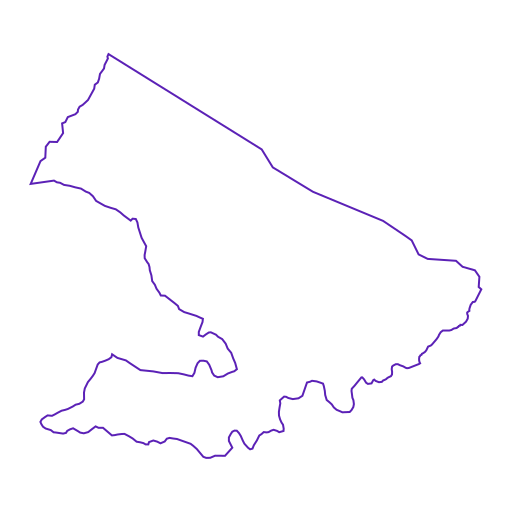 the district of San Pedro Yaneri, Oaxaca, Mexico
{"feature_id": "50627088B33343665113881", "entity_name": "San Pedro Yaneri", "entity_type": "district", "adm_level": 2, "iso_a3": "MEX", "parent_name": "Mexico", "parent_adm1": "Oaxaca", "projection": "robinson", "projection_center": [-96.382, 17.426], "detail": "fine", "context": "isolated", "style": "outline", "palette": "violet", "viewbox_px": 512, "rotation_deg": 0, "n_neighbors": 0, "source": "geoboundaries", "source_scale": "gbopen_adm2", "svg_char_len": 4314}
<svg xmlns="http://www.w3.org/2000/svg" viewBox="0 0 512 512"><path d="M108.5,54.1L107.4,56.6L107.9,58.5L104.6,64.9L104.0,68.5L100.0,73.9L99.1,78.8L97.8,82.5L94.8,84.7L94.2,88.7L88.0,100.0L82.7,104.9L79.6,106.7L78.0,109.6L77.8,111.8L75.4,114.2L67.8,117.1L65.3,122.1L62.1,123.4L63.1,133.1L57.1,142.0L49.6,141.8L45.8,146.7L45.3,157.7L40.5,161.1L30.7,183.9L54.0,180.6L56.9,182.3L60.1,182.8L64.0,184.9L69.8,185.8L75.1,187.3L81.0,188.6L85.8,191.6L89.2,192.9L93.0,196.3L96.1,200.9L101.0,203.7L104.9,205.9L110.9,207.9L115.8,209.3L120.3,212.4L123.7,215.4L130.7,220.6L132.6,218.7L135.8,219.0L137.4,222.4L138.3,227.5L141.6,237.8L144.2,242.6L146.2,246.2L145.2,252.0L144.6,255.0L144.7,258.2L147.2,262.2L148.6,264.0L149.5,267.1L149.8,270.2L151.4,275.4L152.2,281.1L154.9,284.8L156.5,288.7L159.4,292.7L160.8,295.5L165.0,295.7L170.9,300.3L174.4,303.0L177.9,305.9L179.1,309.1L184.2,312.1L188.5,313.4L196.4,315.9L199.6,317.4L202.9,318.8L202.5,322.1L200.9,326.2L198.8,331.9L198.8,335.1L203.0,336.6L205.9,334.4L208.8,332.5L210.8,332.3L216.0,334.7L218.1,336.8L222.2,339.1L225.7,343.7L227.7,348.6L231.2,352.8L233.2,358.4L235.2,363.0L236.9,369.2L234.2,371.3L232.1,371.9L227.9,373.5L225.6,374.9L223.3,376.3L217.7,377.2L214.2,375.6L212.1,372.5L211.5,370.2L209.2,364.7L206.8,361.4L203.3,360.7L199.9,360.8L197.6,363.2L195.6,367.7L194.4,372.9L192.4,376.2L188.5,375.6L183.9,374.4L178.2,373.2L170.0,373.0L162.5,373.1L153.3,371.4L140.4,370.1L129.9,363.2L125.9,360.4L117.4,357.9L112.1,354.3L111.4,357.2L108.7,359.2L105.2,360.7L101.8,361.9L99.6,362.4L97.7,364.5L95.6,370.3L94.6,373.1L92.8,375.9L90.6,378.8L87.9,382.1L86.3,385.4L84.8,388.4L84.0,392.5L84.1,399.3L82.8,401.6L79.3,403.8L75.6,404.7L72.8,406.5L67.8,409.0L65.0,409.9L61.6,410.7L57.6,412.8L54.8,414.4L52.0,415.8L47.6,415.4L45.1,417.0L41.8,419.4L40.4,421.9L41.4,424.2L43.0,426.7L45.6,428.5L50.8,430.1L53.6,432.3L55.8,432.5L63.1,433.6L66.0,432.9L67.2,430.9L70.1,429.3L73.1,428.3L78.2,431.3L80.2,432.6L83.8,433.3L88.2,432.1L91.9,429.2L95.6,426.4L98.5,427.8L103.0,427.8L111.9,435.4L114.8,435.1L117.6,434.5L121.7,434.0L124.5,433.9L128.9,436.2L132.7,438.5L136.6,441.7L140.2,442.3L143.4,443.1L145.6,444.4L148.3,444.4L149.0,442.1L153.3,440.5L157.1,441.6L160.5,443.3L164.7,441.5L166.8,438.7L169.5,437.9L173.1,438.5L177.0,439.0L190.6,443.8L193.2,445.8L196.8,449.0L199.7,452.5L203.3,456.8L206.2,457.9L210.2,457.8L215.1,455.7L225.0,455.8L232.3,447.7L228.9,441.0L228.9,437.4L230.7,434.1L232.3,431.7L234.5,430.6L236.8,430.7L239.0,433.1L240.8,436.0L242.8,440.6L244.4,443.7L248.0,447.7L250.1,449.3L252.5,448.6L253.8,445.3L256.9,440.4L259.3,435.5L261.5,434.1L263.7,432.1L266.7,432.4L268.6,432.1L271.2,430.6L273.6,429.8L277.1,430.9L279.2,432.2L283.5,431.0L283.7,428.7L283.0,424.7L281.5,422.5L280.1,419.4L279.0,415.6L278.9,411.9L279.5,407.8L280.3,403.3L279.8,400.4L284.1,396.6L286.1,396.8L288.3,398.0L292.8,399.1L298.5,398.3L302.4,395.8L307.0,382.5L309.9,381.8L312.0,380.8L316.6,381.4L319.6,382.4L323.0,383.6L323.8,386.0L324.8,390.8L325.2,395.0L326.7,400.0L329.4,402.2L331.8,404.4L333.8,407.4L336.6,409.8L340.2,411.3L342.4,412.3L347.0,412.1L349.7,412.0L351.5,410.1L353.3,407.1L353.9,404.1L353.4,400.2L352.4,397.8L351.9,393.8L351.5,390.9L351.8,388.7L354.5,385.8L357.1,382.6L361.4,377.4L362.3,377.4L364.1,379.4L366.1,382.7L367.9,383.9L371.5,383.4L373.3,380.1L374.2,379.6L375.6,380.9L378.9,382.2L381.8,381.9L383.2,380.4L384.4,380.0L386.2,379.1L387.1,378.2L388.3,377.4L390.9,376.2L392.0,374.5L392.1,371.8L391.7,369.1L392.1,366.5L393.3,365.5L395.8,364.2L397.9,364.2L399.9,365.2L403.3,366.4L405.7,367.8L407.0,368.2L408.8,368.0L419.0,364.0L420.1,363.3L419.5,362.1L419.1,360.2L419.1,358.5L419.3,356.8L419.9,356.3L420.4,355.3L421.5,354.8L421.9,353.8L423.3,353.1L425.1,351.8L426.3,350.3L428.1,346.6L429.6,346.0L430.7,345.6L431.9,344.6L436.6,339.1L438.4,336.5L439.0,334.9L440.7,332.2L442.9,330.5L449.4,330.5L451.4,330.0L453.1,328.9L453.9,328.5L456.7,328.0L457.7,327.0L458.3,326.9L458.8,326.0L460.1,325.6L460.4,324.8L462.4,325.0L466.0,321.7L467.7,318.7L468.0,315.9L467.2,313.9L467.2,312.5L468.1,311.7L469.4,310.9L469.3,309.3L469.6,308.1L470.7,304.8L472.8,302.0L474.7,301.8L475.4,301.0L481.3,289.3L478.7,287.0L479.4,276.8L474.9,270.3L462.6,266.8L456.0,260.8L427.7,258.9L418.6,254.4L411.7,240.4L406.1,236.4L383.1,220.9L313.0,191.8L272.8,167.4L261.7,149.4L108.5,54.1Z" fill="none" stroke="#5b21b6" stroke-width="2"/></svg>